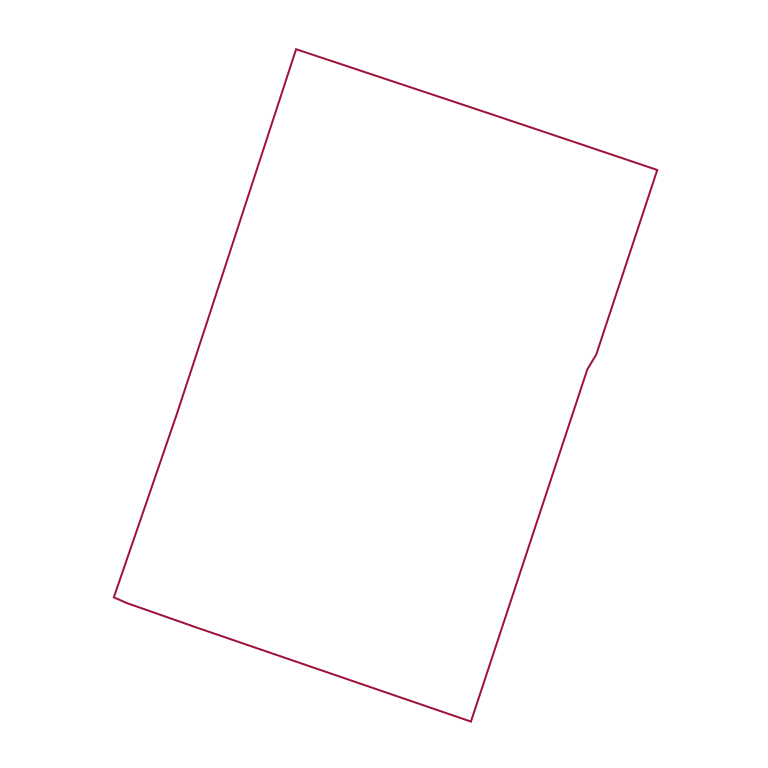 Macoupin, Illinois, United States of America, rotated 19°
{"feature_id": "52423323B43896440461795", "entity_name": "Macoupin", "entity_type": "district", "adm_level": 2, "iso_a3": "USA", "parent_name": "United States of America", "parent_adm1": "Illinois", "projection": "equal_earth", "projection_center": [-89.97, 39.261], "detail": "fine", "context": "isolated", "style": "outline", "palette": "rose", "viewbox_px": 768, "rotation_deg": 19, "n_neighbors": 0, "source": "geoboundaries", "source_scale": "gbopen_adm2", "svg_char_len": 328}
<svg xmlns="http://www.w3.org/2000/svg" viewBox="0 0 768 768"><g transform="rotate(19 384 384)"><path d="M191.9,96.1L196.5,382.6L197.9,480.0L198.0,673.7L212.7,674.9L221.6,674.9L286.2,675.3L576.1,674.9L571.5,303.9L575.1,287.1L572.7,92.7L478.8,93.3L383.7,94.1L191.9,96.1Z" fill="none" stroke="#9f1239" stroke-width="2"/></g></svg>